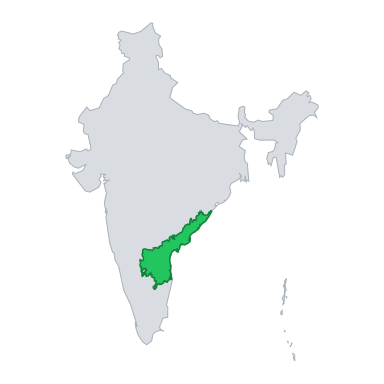 Andhra Pradesh highlighted on a map of India
{"feature_id": "IND-2441", "entity_name": "Andhra Pradesh", "entity_type": "State", "adm_level": 1, "iso_a3": "IND", "parent_name": "India", "parent_adm1": "", "projection": "equal_earth", "projection_center": [79.939, 15.897], "detail": "fine", "context": "in_parent", "style": "filled", "palette": "green", "viewbox_px": 384, "rotation_deg": 0, "n_neighbors": 0, "source": "natural_earth", "source_scale": "10m", "svg_char_len": 9612}
<svg xmlns="http://www.w3.org/2000/svg" viewBox="0 0 384 384"><path d="M65.8,155.4L70.7,154.1L71.3,150.0L80.2,151.8L86.3,148.9L88.2,150.9L91.1,149.0L88.0,134.3L84.7,133.8L83.3,131.4L84.0,124.5L78.5,121.8L78.9,117.4L86.7,107.0L90.0,110.7L99.3,107.8L103.5,98.7L108.4,95.5L112.7,85.2L116.4,83.4L117.3,79.5L123.6,72.7L122.7,71.0L123.2,63.9L129.7,59.5L129.0,57.7L124.4,56.3L124.3,53.4L121.7,53.3L121.3,50.8L118.8,48.6L120.1,45.0L118.7,42.6L121.1,40.1L118.2,38.7L118.8,36.9L117.4,35.4L118.9,32.3L121.7,31.1L133.4,34.0L140.8,31.4L150.9,23.0L152.9,23.2L152.6,25.7L155.2,32.8L160.6,36.2L158.5,39.4L159.1,45.1L161.9,48.8L162.6,56.3L160.0,57.9L158.2,55.2L155.6,56.0L158.5,62.3L158.5,69.5L161.6,68.6L164.9,73.2L170.4,75.5L170.8,78.0L177.8,82.6L172.6,87.5L169.8,97.8L185.1,108.8L192.2,111.1L192.7,112.9L197.5,114.6L204.4,113.2L208.9,115.4L209.6,118.4L214.4,121.7L217.3,120.7L219.3,123.4L238.3,126.0L239.7,122.0L238.0,117.3L239.2,107.9L242.9,106.2L244.8,107.2L244.5,112.8L245.8,115.2L244.5,116.8L248.2,121.0L253.5,122.3L258.5,120.1L262.0,121.5L272.8,120.5L273.3,115.5L269.0,112.4L269.3,110.1L277.1,108.7L282.8,100.1L287.1,99.0L294.1,92.3L300.9,95.4L306.1,90.8L309.0,93.0L307.1,94.9L307.3,96.8L309.8,95.3L311.2,98.6L308.9,102.6L311.6,102.0L317.9,104.8L318.2,108.0L314.5,112.1L316.7,117.5L313.4,115.0L308.8,115.8L300.0,123.5L300.3,129.9L295.8,138.3L297.1,141.5L292.6,155.1L285.5,152.9L286.2,163.9L284.5,165.0L284.7,174.5L282.7,177.3L281.0,175.6L279.7,177.4L276.2,157.4L273.4,157.4L271.0,165.7L269.3,163.1L268.3,164.2L266.8,158.6L268.4,152.6L272.8,151.4L274.7,148.9L275.6,143.4L277.7,142.7L273.9,140.0L259.9,140.2L254.6,138.6L254.3,131.1L252.9,127.9L251.9,130.3L250.4,130.3L247.2,125.6L245.6,127.5L241.5,123.9L242.2,126.1L239.3,131.7L247.0,139.0L242.7,139.8L239.1,146.4L245.3,150.5L244.1,157.5L245.5,162.4L247.3,163.2L248.8,181.3L247.1,180.2L246.2,182.1L245.1,175.7L244.7,181.2L242.1,180.0L240.7,181.5L241.2,175.5L238.9,172.8L240.9,175.8L239.1,179.2L231.7,183.1L229.6,186.2L230.8,192.6L228.8,197.1L225.6,200.8L224.4,200.2L224.2,202.1L218.5,204.5L217.9,202.2L215.6,203.7L215.1,205.7L217.4,205.3L211.5,211.3L205.7,221.2L190.2,235.5L189.4,241.9L184.9,244.7L180.7,244.6L177.9,251.6L175.0,249.9L171.8,252.1L169.7,259.8L171.9,279.0L170.6,276.2L169.7,277.5L172.3,280.5L166.4,305.3L167.8,306.7L167.7,317.4L163.0,318.2L159.6,326.6L160.3,329.4L163.9,331.1L160.0,330.2L154.9,332.2L152.8,334.8L151.6,341.0L146.7,344.7L142.6,341.8L138.0,334.7L135.9,328.0L135.2,322.2L137.1,326.9L136.1,322.2L130.6,304.7L123.7,290.1L118.8,266.8L115.0,259.8L114.0,252.8L112.6,252.2L109.7,243.1L105.9,217.0L107.1,212.5L106.9,210.9L105.6,213.0L105.3,211.8L105.5,209.2L107.0,209.4L105.3,208.4L104.3,202.9L106.4,192.9L104.2,184.6L105.2,183.4L104.1,183.5L108.6,180.1L103.6,180.8L105.0,177.5L103.4,177.5L103.7,175.3L106.0,174.4L100.5,174.0L101.3,176.1L99.1,179.3L101.0,182.7L98.8,187.2L90.0,192.1L85.2,190.9L72.3,173.8L73.1,172.0L75.0,173.8L83.0,170.4L85.9,164.4L78.5,168.2L74.8,167.2L69.7,163.2L67.9,158.7L71.1,155.4L66.3,158.4L65.8,155.4ZM284.0,302.6L282.2,298.5L284.4,294.2L284.8,280.5L286.6,278.3L285.1,285.6L286.2,290.4L285.1,291.7L284.0,302.6ZM294.6,355.0L294.8,361.0L293.2,357.7L294.6,355.0ZM282.2,314.5L281.0,314.6L280.8,312.1L282.2,310.4L282.2,314.5ZM290.5,345.5L290.4,347.2L290.1,345.6L290.5,345.5ZM291.9,343.1L291.4,345.4L291.5,342.9L291.9,343.1ZM293.4,352.9L293.0,354.7L292.6,354.0L293.4,352.9ZM285.2,331.4L284.3,331.5L284.7,330.5L285.2,331.4ZM283.7,303.5L282.9,304.4L283.2,302.9L283.7,303.5ZM286.5,296.5L287.0,298.2L286.0,296.9L286.5,296.5ZM288.3,342.6L287.6,342.3L287.9,341.4L288.3,342.6ZM283.7,285.5L283.4,287.3L283.6,285.3L283.7,285.5Z" fill="#d9dde1" stroke="#a8b0b8" stroke-width="1"/><path d="M171.7,278.7L171.4,277.7L170.5,276.0L170.4,277.4L170.2,276.7L170.0,276.9L169.7,277.4L169.7,277.7L170.3,278.8L171.2,279.0L171.5,279.2L171.0,279.4L170.1,279.3L170.2,278.7L169.5,278.4L169.5,278.6L169.7,279.0L168.9,279.7L168.8,280.4L167.5,281.3L167.0,281.3L167.0,281.6L167.3,281.9L167.2,282.2L166.5,282.0L166.3,281.4L165.4,281.5L164.9,280.8L164.2,280.8L164.0,282.2L163.6,282.5L163.0,283.3L162.4,283.1L161.6,284.3L160.9,284.4L160.3,284.2L160.2,283.8L159.8,283.7L159.6,283.8L159.3,284.4L159.1,284.4L158.9,283.9L157.7,284.2L157.5,284.5L157.1,284.7L157.0,285.0L156.4,287.6L156.0,288.1L155.7,287.9L155.6,288.6L155.2,289.2L154.6,289.3L153.9,288.8L153.3,287.8L153.4,287.4L153.4,286.6L153.8,286.8L154.1,286.5L154.3,286.0L154.4,285.9L155.1,286.5L155.4,286.5L155.2,285.9L154.9,285.6L155.4,284.3L155.8,283.9L155.9,283.2L156.2,282.6L156.3,281.5L156.2,281.2L155.8,281.5L155.3,281.0L154.6,281.0L154.4,280.3L154.5,277.7L153.3,277.7L152.9,277.6L152.4,276.9L151.8,276.9L151.7,276.5L152.2,276.3L152.0,275.7L152.1,275.2L151.9,274.5L151.5,274.2L151.2,274.4L150.9,274.3L150.5,274.8L150.4,274.2L150.7,273.8L150.7,273.2L150.1,273.8L149.4,273.5L149.2,273.8L149.3,274.3L148.5,275.1L148.2,275.7L148.0,275.4L147.8,275.4L147.6,275.6L147.6,275.9L146.3,276.4L146.1,275.2L145.7,274.7L144.9,274.6L144.2,274.4L144.0,274.1L143.6,274.3L143.5,273.8L143.4,274.3L143.1,274.5L143.4,274.8L143.4,275.6L142.8,275.5L142.6,275.9L142.2,275.4L142.0,275.8L141.9,275.6L141.9,274.8L142.3,273.8L141.7,272.6L141.7,272.0L141.1,271.1L141.1,270.8L141.5,270.5L142.0,270.7L142.2,272.0L143.0,272.4L143.3,272.7L144.4,272.5L144.8,272.6L145.2,273.5L145.2,273.9L145.7,274.1L145.8,273.9L145.7,273.1L145.4,272.8L145.2,272.1L145.5,271.5L145.2,271.3L145.6,270.7L146.3,270.6L146.5,270.4L146.3,269.9L146.4,269.3L146.0,269.1L145.7,268.7L145.5,269.0L145.7,269.7L145.7,269.9L145.4,269.8L145.2,269.4L144.7,269.1L144.6,268.7L143.9,268.8L143.5,268.6L143.0,269.3L142.9,270.0L141.4,269.6L141.6,269.1L141.1,268.7L141.0,268.1L141.1,267.8L141.4,267.8L141.6,267.1L141.5,266.9L140.7,267.0L140.4,266.2L140.1,266.0L140.0,265.4L140.2,263.5L140.5,263.2L140.7,261.6L140.6,261.3L139.8,260.9L140.2,259.6L141.1,260.2L141.8,260.4L142.2,260.3L142.6,260.6L143.1,260.1L143.5,259.0L143.3,257.0L142.6,256.5L142.5,255.7L142.0,254.6L142.1,254.4L142.3,254.6L142.3,253.3L142.4,252.9L142.7,252.7L143.0,252.8L143.1,252.7L142.6,251.5L142.7,250.2L143.0,249.6L143.6,249.1L144.4,248.9L147.4,249.5L148.3,249.9L150.0,249.9L150.4,249.6L152.2,250.7L152.6,250.0L153.4,249.3L153.6,248.6L153.5,248.2L154.0,248.4L154.4,247.9L154.5,248.0L154.9,247.7L155.8,247.5L156.3,248.0L157.1,247.8L157.9,248.3L158.4,248.2L158.8,247.9L158.9,246.8L159.3,246.9L159.6,246.4L160.4,245.7L161.7,246.0L162.1,245.8L162.3,244.7L162.1,244.0L162.2,242.7L162.6,241.8L164.0,241.6L164.8,241.0L165.2,241.1L165.6,240.6L166.7,240.4L167.1,239.9L167.6,240.3L168.1,240.2L168.4,241.1L168.8,241.1L169.6,239.8L169.8,238.8L169.2,238.2L169.3,237.8L169.9,237.0L170.5,236.4L171.1,236.3L171.4,236.4L171.7,236.7L172.1,238.0L172.7,238.6L173.7,239.1L174.5,239.1L174.2,238.3L174.5,237.8L174.4,237.4L173.9,237.2L173.4,237.4L172.6,236.9L172.6,235.9L172.7,235.7L173.1,236.3L173.4,236.2L173.6,235.9L173.7,235.4L174.5,235.0L174.9,235.3L175.2,235.7L176.6,236.1L176.8,236.0L177.0,235.7L177.1,234.8L177.5,234.3L179.4,233.7L180.0,232.8L181.7,232.2L182.3,231.6L182.9,229.0L183.2,228.2L183.7,227.5L185.0,226.7L185.1,226.3L184.8,225.8L186.3,224.7L186.9,224.6L187.3,224.2L187.8,224.1L188.1,224.2L188.6,224.7L189.1,224.8L189.4,224.2L189.9,224.2L189.9,223.3L190.2,223.0L189.7,222.5L189.7,222.2L190.2,221.2L190.1,220.8L190.2,219.7L190.8,218.5L191.4,218.6L191.5,219.6L192.3,220.8L192.1,221.7L192.7,221.9L192.9,221.2L193.8,220.6L193.9,220.3L193.9,219.7L194.0,219.6L194.8,219.8L194.8,220.4L195.0,220.4L196.2,220.0L196.1,219.2L196.6,218.4L196.5,218.2L196.3,218.2L196.0,217.7L196.1,217.0L196.9,215.6L197.1,215.5L197.6,215.8L199.3,214.5L199.1,214.0L198.7,213.6L198.5,212.9L198.8,212.7L199.6,213.2L199.8,213.1L199.9,211.9L200.1,212.1L200.3,212.6L200.6,212.1L200.9,211.8L201.1,211.2L202.0,212.6L202.3,213.6L202.5,213.4L202.4,212.7L202.9,212.8L203.4,214.4L203.8,215.0L205.3,214.9L206.1,215.3L207.7,214.9L208.1,213.9L208.5,213.9L208.8,213.3L208.8,212.4L209.3,212.4L210.3,211.6L210.6,211.7L210.7,211.4L210.7,210.9L211.4,210.9L211.6,211.4L211.2,211.0L211.0,211.5L211.2,211.9L211.4,211.5L211.6,211.7L210.7,213.4L210.3,213.8L209.5,215.4L208.7,216.6L208.5,217.1L208.0,217.5L207.7,218.1L207.2,218.4L206.9,218.4L206.8,218.6L207.1,218.7L207.8,218.1L206.0,220.2L205.7,221.1L202.8,223.0L201.3,224.1L200.6,225.4L200.1,225.9L199.9,225.6L199.9,226.3L198.9,228.1L198.5,228.4L198.3,228.1L198.1,228.1L198.1,228.3L198.6,228.7L198.1,229.1L197.8,229.1L198.0,229.6L196.7,230.3L195.0,231.8L194.9,231.6L193.4,232.5L191.2,234.2L190.8,235.0L190.3,235.3L189.7,236.3L189.3,237.5L189.4,238.2L189.8,238.5L190.2,238.5L190.3,238.3L190.1,237.2L190.3,237.8L190.3,238.9L190.1,240.5L189.8,241.4L189.5,241.2L189.8,241.7L189.4,241.9L188.9,242.5L187.7,243.3L187.4,243.3L187.0,243.8L185.8,244.2L184.9,244.8L184.5,244.9L184.0,244.6L183.3,244.6L183.1,244.2L182.9,244.2L183.0,244.4L182.5,244.3L181.8,244.6L181.9,244.3L181.8,244.1L181.0,244.2L180.4,244.7L180.3,244.8L180.4,245.4L180.2,245.7L179.5,248.2L179.5,249.0L178.1,250.5L178.2,251.3L177.3,250.4L177.2,248.3L177.1,248.6L177.2,248.9L177.1,249.9L176.4,252.1L176.4,250.6L176.1,250.1L175.2,249.8L175.1,250.0L174.3,250.2L174.1,250.1L173.1,251.0L172.7,251.1L171.7,252.3L171.0,254.5L170.3,256.0L170.0,257.0L169.7,259.6L169.7,260.5L170.2,264.1L170.6,264.8L170.8,265.5L170.5,265.9L171.0,265.9L170.8,267.1L170.8,268.6L170.3,269.7L170.0,269.7L169.6,270.3L169.8,270.3L170.3,269.8L170.4,270.0L170.3,271.0L170.5,272.4L171.4,275.2L171.2,276.4L171.8,278.5L171.7,278.7ZM189.1,240.0L188.9,239.9L189.0,239.7L188.6,240.0L189.4,240.4L189.6,240.3L189.4,240.2L189.7,240.1L189.7,239.9L189.6,239.7L189.5,240.0L189.1,240.0ZM177.8,251.1L178.0,251.5L177.6,251.8L177.0,250.9L177.1,250.5L177.8,251.1Z" fill="#22c55e" stroke="#15803d" stroke-width="1.5"/></svg>